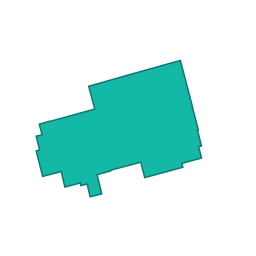 Lincoln, Buenos Aires, Argentina, rotated 210°
{"feature_id": "61730980B97340635160564", "entity_name": "Lincoln", "entity_type": "district", "adm_level": 2, "iso_a3": "ARG", "parent_name": "Argentina", "parent_adm1": "Buenos Aires", "projection": "natural_earth1", "projection_center": [-61.695, -35.088], "detail": "fine", "context": "isolated", "style": "filled", "palette": "teal", "viewbox_px": 256, "rotation_deg": 210, "n_neighbors": 0, "source": "geoboundaries", "source_scale": "gbopen_adm2", "svg_char_len": 593}
<svg xmlns="http://www.w3.org/2000/svg" viewBox="0 0 256 256"><g transform="rotate(210 128 128)"><path d="M72.0,110.2L60.9,121.5L63.6,124.3L49.3,138.8L57.5,147.1L55.4,149.2L66.6,160.7L66.0,161.3L82.6,178.2L82.5,178.3L99.5,195.6L116.4,212.6L124.6,204.4L151.0,177.4L182.9,144.5L166.3,127.8L199.4,94.2L199.6,94.4L206.7,86.9L199.1,79.2L203.4,75.0L198.6,70.0L193.6,64.8L196.0,62.2L177.7,43.4L164.1,56.9L153.1,45.3L141.9,56.5L140.0,54.5L135.4,59.1L126.4,49.5L117.8,57.8L131.5,72.2L121.6,82.0L122.1,82.6L99.8,104.8L88.7,93.4L72.0,110.2Z" fill="#14b8a6" stroke="#0f766e" stroke-width="1.5"/></g></svg>